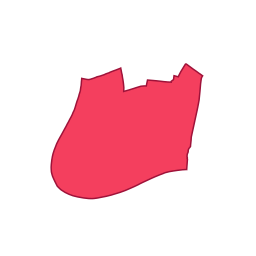 Bang Kho Laem, Bangkok Metropolis, Thailand, rotated 327°
{"feature_id": "78962969B71944934513319", "entity_name": "Bang Kho Laem", "entity_type": "district", "adm_level": 2, "iso_a3": "THA", "parent_name": "Thailand", "parent_adm1": "Bangkok Metropolis", "projection": "mercator", "projection_center": [100.512, 13.698], "detail": "fine", "context": "isolated", "style": "filled", "palette": "rose", "viewbox_px": 256, "rotation_deg": 327, "n_neighbors": 0, "source": "geoboundaries", "source_scale": "gbopen_adm2", "svg_char_len": 2458}
<svg xmlns="http://www.w3.org/2000/svg" viewBox="0 0 256 256"><g transform="rotate(327 128 128)"><path d="M211.0,105.7L208.4,106.9L205.3,108.4L202.8,109.6L200.0,111.2L199.0,111.8L198.0,112.4L195.1,109.2L192.8,111.9L192.5,112.1L192.3,112.2L189.6,112.4L189.2,113.1L186.3,111.0L183.0,108.4L180.5,106.3L177.3,103.7L174.1,101.2L170.5,98.4L167.9,101.0L167.7,101.2L166.3,102.7L164.4,101.5L161.6,100.0L157.1,98.7L153.7,97.8L149.1,96.5L144.3,95.0L145.8,92.9L146.6,91.7L147.9,89.2L148.4,88.2L148.7,87.6L149.9,85.0L150.4,83.8L151.0,82.4L152.0,80.3L152.6,78.5L153.8,75.6L154.1,74.8L154.5,73.8L154.3,73.8L152.4,73.4L149.5,72.8L145.6,71.9L143.1,71.4L142.8,71.4L142.1,71.4L141.9,71.3L140.4,70.9L138.7,70.5L138.0,70.4L137.4,70.4L134.7,69.7L133.4,69.4L131.6,68.8L129.9,68.2L129.5,68.1L129.1,68.1L128.1,67.9L127.1,67.7L126.2,67.5L124.0,66.9L123.4,66.8L123.0,66.6L121.8,66.2L121.7,66.1L121.0,65.7L120.4,65.2L120.0,64.9L116.2,61.2L116.0,61.5L114.5,63.4L114.3,63.6L113.1,65.2L111.8,66.9L110.6,68.1L109.4,69.5L108.2,70.9L106.9,72.0L105.3,73.3L103.8,74.7L101.7,76.4L99.8,77.8L97.4,79.8L95.2,81.7L92.7,83.7L90.2,85.2L88.7,86.3L86.7,87.5L83.9,89.0L81.5,90.4L79.2,91.6L76.8,93.0L74.7,94.1L68.6,97.4L65.9,98.8L63.1,100.3L59.7,102.3L56.8,104.4L54.0,106.4L51.2,108.7L49.1,110.7L46.8,113.2L46.6,113.4L45.8,114.4L43.9,116.7L42.2,119.0L41.0,121.0L39.8,123.2L39.0,125.5L38.4,127.6L38.0,130.0L37.6,132.8L37.0,138.3L37.7,141.6L38.2,143.4L40.2,147.8L42.4,151.4L45.0,154.9L48.4,158.5L52.7,162.5L56.7,165.8L59.5,167.7L61.3,168.7L64.3,170.1L68.3,171.7L72.5,173.4L77.4,175.1L80.3,175.9L81.6,176.3L86.5,177.7L91.7,178.9L96.4,179.7L101.3,180.5L105.8,181.1L107.3,181.2L110.6,181.6L115.5,182.3L119.8,182.9L124.2,183.6L129.5,184.6L132.6,185.3L133.9,185.5L134.8,185.7L138.9,187.1L142.6,188.7L146.3,190.4L150.8,192.6L154.5,194.7L154.6,194.8L156.1,192.8L158.4,189.8L160.3,187.3L160.9,186.5L160.8,186.0L161.0,185.8L161.2,185.7L161.6,185.2L161.8,184.7L161.7,184.5L162.7,183.1L163.5,182.2L164.0,181.8L164.5,181.5L164.9,181.3L165.2,180.9L165.5,180.7L165.9,180.2L166.1,180.0L166.2,179.7L166.5,179.4L166.8,179.1L167.0,179.0L167.8,178.4L168.7,178.1L169.5,177.9L170.5,177.4L171.1,176.5L174.1,172.8L176.2,170.0L196.1,150.3L199.8,146.5L202.9,143.2L208.1,136.7L210.6,133.5L213.0,130.4L216.1,126.8L216.6,126.3L217.1,125.9L217.7,125.5L218.7,125.0L219.0,124.9L217.9,122.0L217.5,121.2L216.2,117.7L214.8,114.3L212.0,106.8L211.7,106.1L211.4,105.9L211.0,105.7Z" fill="#f43f5e" stroke="#9f1239" stroke-width="1.5"/></g></svg>